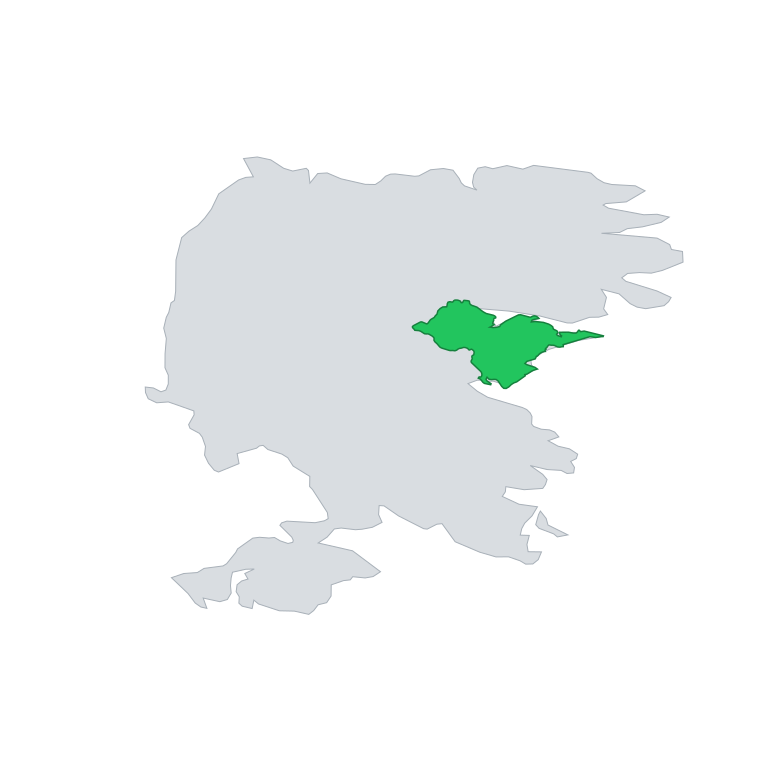 Clare on a map of Ireland (Robinson projection), rotated 200°
{"feature_id": "IRL-76", "entity_name": "Clare", "entity_type": "County", "adm_level": 1, "iso_a3": "IRL", "parent_name": "Ireland", "parent_adm1": "", "projection": "robinson", "projection_center": [-8.993, 52.861], "detail": "fine", "context": "in_parent", "style": "filled", "palette": "green", "viewbox_px": 768, "rotation_deg": 200, "n_neighbors": 0, "source": "natural_earth", "source_scale": "10m", "svg_char_len": 7074}
<svg xmlns="http://www.w3.org/2000/svg" viewBox="0 0 768 768"><g transform="rotate(200 384 384)"><path d="M490.0,149.2L473.0,158.0L470.4,161.3L465.7,175.0L465.2,179.0L454.6,194.3L448.5,197.4L439.5,199.9L434.4,202.3L427.9,201.1L419.7,201.3L415.6,204.0L415.8,206.1L418.3,208.6L433.5,215.6L432.7,218.5L428.4,221.9L401.3,230.1L393.2,235.1L390.4,238.4L393.3,243.9L415.1,260.4L418.8,262.2L422.1,271.8L441.3,275.8L449.2,281.8L456.0,283.2L470.7,282.7L476.6,285.0L479.9,283.2L481.8,280.1L498.2,268.4L493.0,259.6L509.4,244.7L514.0,244.9L521.8,249.5L528.3,255.8L530.4,264.3L536.6,271.9L540.6,274.5L551.1,276.0L553.7,279.0L551.9,290.1L553.5,293.7L580.5,293.4L591.2,288.6L600.5,289.5L605.2,294.4L607.3,299.5L599.3,301.4L590.9,300.4L586.9,303.7L586.7,310.2L589.7,318.5L595.4,324.4L600.1,337.6L604.1,352.3L610.1,361.2L611.4,372.2L610.7,377.6L611.9,387.4L609.5,390.8L611.5,399.9L621.9,429.4L624.2,452.4L619.5,461.0L613.2,469.2L609.1,478.9L606.0,489.4L604.3,506.2L590.4,526.0L584.5,530.9L577.6,534.0L593.1,547.8L580.7,554.0L567.1,555.9L552.0,552.4L542.6,552.9L530.8,560.1L528.0,558.8L522.3,547.4L518.3,559.1L509.6,562.9L494.7,562.1L469.9,565.2L460.4,568.5L456.5,573.7L453.6,579.8L449.7,583.4L445.4,585.2L426.2,589.7L422.4,591.5L413.6,601.2L401.9,606.8L392.3,608.5L383.7,602.9L380.1,599.4L376.1,597.7L363.0,598.0L367.1,599.7L369.8,603.7L371.2,611.4L369.7,618.9L363.2,622.8L355.4,623.5L343.2,631.3L327.0,633.4L318.2,640.6L264.6,652.7L261.5,652.9L254.1,649.8L246.1,648.4L238.1,649.4L215.6,656.2L204.7,654.8L218.6,638.0L237.3,629.4L239.3,627.1L233.2,626.0L197.7,631.9L185.4,636.9L173.1,638.4L178.8,630.7L194.8,620.1L208.5,613.2L214.4,607.0L231.2,600.0L177.3,614.5L163.2,612.7L159.9,608.7L148.8,610.6L144.7,600.8L161.2,586.0L170.7,579.6L182.0,576.1L192.9,571.2L196.9,565.1L191.8,563.2L159.3,564.8L143.8,563.5L144.7,558.7L147.6,553.4L163.8,544.3L172.5,542.8L180.2,543.7L194.0,549.1L212.2,547.3L204.6,541.5L203.3,529.7L197.5,525.8L205.0,520.3L213.6,517.0L227.8,505.7L232.9,504.0L261.0,501.2L291.3,495.3L321.4,487.1L306.0,482.5L298.6,476.5L286.7,488.7L278.2,493.4L254.1,495.9L246.5,494.5L235.7,490.7L232.4,492.1L229.3,495.1L213.3,501.1L196.5,502.5L216.1,491.5L240.9,472.9L246.4,467.0L254.2,456.7L251.8,452.2L246.8,449.6L264.7,428.5L271.0,424.7L282.4,424.0L290.8,420.7L294.5,420.7L297.8,419.4L305.2,413.1L293.8,409.1L282.1,407.0L245.9,409.2L241.1,408.8L236.7,406.8L233.8,404.0L231.6,396.9L228.9,395.3L220.8,395.3L212.7,397.5L207.1,397.2L201.6,394.1L210.4,386.8L199.1,385.1L187.6,386.5L178.0,384.3L177.8,379.7L182.1,375.1L176.5,370.8L175.4,365.3L181.4,362.5L188.0,363.4L201.5,359.4L218.7,357.4L204.0,353.4L198.1,350.0L197.9,344.7L199.1,340.2L216.2,332.6L234.4,329.2L233.1,324.2L234.4,318.8L216.0,317.2L197.8,321.1L199.8,310.7L204.2,301.3L205.1,295.2L204.3,288.6L195.7,291.4L194.8,282.1L191.2,275.7L178.6,280.1L179.0,271.7L182.6,265.8L189.2,263.2L195.7,264.4L207.9,264.2L219.6,259.8L236.4,258.7L263.2,260.1L281.7,272.6L286.4,270.3L293.8,262.4L297.3,261.6L325.1,265.0L342.3,269.5L347.0,268.1L344.4,259.4L338.5,253.3L345.9,245.4L355.0,240.0L361.0,237.3L375.0,234.0L381.1,230.8L385.1,220.6L391.5,212.1L356.5,216.5L323.1,206.4L328.4,199.3L335.4,195.3L347.5,192.2L348.7,188.4L354.8,185.4L364.9,177.2L361.2,166.6L363.1,158.9L370.4,154.0L372.6,147.0L375.9,141.8L390.6,139.9L404.8,135.1L426.7,134.4L432.4,136.4L431.1,127.9L441.3,126.7L445.4,128.4L447.2,134.5L451.9,138.3L453.4,145.1L450.4,150.2L445.1,154.2L450.0,158.3L442.6,165.8L450.6,162.6L462.0,155.3L461.3,149.4L459.3,142.0L456.1,135.3L457.5,127.9L463.8,123.3L480.7,121.0L473.7,112.6L479.8,111.8L486.5,113.6L496.5,120.1L517.5,129.3L507.4,137.4L494.9,143.0L490.0,149.2ZM194.1,314.1L193.6,318.1L185.6,313.1L181.7,307.6L159.6,305.1L168.8,299.6L173.3,301.2L188.9,301.4L193.3,303.7L194.1,314.1Z" fill="#d9dde1" stroke="#a8b0b8" stroke-width="1"/><path d="M324.9,488.0L322.9,488.0L315.7,485.8L312.1,485.2L304.9,486.0L303.1,485.8L301.8,485.1L301.7,484.2L303.1,483.3L303.1,482.3L302.6,481.1L302.8,479.4L302.5,478.0L300.8,477.4L301.8,476.3L303.0,474.5L303.8,473.7L300.9,474.3L297.5,475.8L294.9,477.6L294.7,479.4L291.1,484.7L281.3,494.9L279.3,495.8L269.4,496.7L268.9,497.1L267.1,498.9L266.0,499.5L264.7,499.7L263.3,499.6L262.0,499.2L260.8,498.6L262.6,497.4L265.0,496.1L266.8,494.6L266.8,492.7L263.3,494.4L255.3,496.4L249.7,496.6L247.3,496.2L245.1,495.5L244.2,494.3L243.5,493.5L239.7,493.1L238.2,491.9L238.8,489.7L237.6,488.9L233.6,489.0L233.6,490.0L234.6,490.2L235.5,490.8L236.2,491.7L236.6,492.7L228.3,495.8L223.4,496.6L221.0,497.5L220.0,499.1L219.6,501.0L218.8,501.3L217.8,500.7L217.0,500.5L214.0,502.2L194.3,504.3L194.3,503.5L196.3,502.7L201.0,500.1L206.7,498.9L229.1,482.3L228.8,481.8L228.3,480.4L229.5,479.9L231.1,478.9L232.2,478.5L233.6,478.2L237.1,478.5L238.3,478.3L240.3,477.6L241.6,477.4L242.6,476.9L243.1,475.5L243.5,473.9L244.3,472.6L243.7,472.1L244.0,471.8L244.3,470.8L243.5,469.8L244.6,469.3L245.8,468.4L247.0,467.2L248.0,465.9L248.6,464.7L249.0,463.6L249.4,462.7L250.3,462.1L250.3,461.2L250.5,459.3L257.4,454.2L258.6,451.5L256.5,451.0L247.9,451.3L245.0,450.5L248.1,448.1L249.4,446.8L252.7,442.6L253.7,441.6L254.9,441.0L254.1,440.0L260.0,431.4L262.4,429.4L264.2,427.0L265.7,424.0L267.7,421.6L270.0,420.9L272.6,422.0L277.7,425.8L280.1,426.6L282.2,426.0L284.5,424.9L286.9,424.4L289.5,425.6L289.8,423.3L288.3,422.1L283.5,420.9L283.5,419.8L289.9,418.9L291.6,419.4L295.0,421.5L297.1,421.7L297.4,421.7L297.3,422.6L297.2,422.9L296.9,423.2L296.6,423.3L295.6,423.6L295.3,423.9L295.1,424.4L295.0,424.9L295.0,425.5L295.2,426.1L295.3,426.5L295.5,427.0L295.8,427.4L296.1,427.8L296.5,428.2L297.2,428.8L309.1,434.0L309.5,434.4L309.8,434.8L309.9,435.3L310.0,435.9L309.9,436.4L309.8,436.9L309.7,437.5L309.8,438.0L310.0,438.5L310.3,438.9L310.6,439.3L310.8,439.8L310.9,440.2L310.8,440.7L310.6,441.1L309.9,441.8L309.8,442.0L309.7,442.2L309.7,442.5L309.8,442.9L310.1,444.5L310.3,444.9L310.6,445.4L311.0,445.8L312.7,446.5L313.2,446.6L313.8,446.6L314.5,446.0L314.9,445.5L315.3,445.2L315.8,445.1L316.6,445.5L317.3,445.9L318.2,446.1L319.5,446.1L320.5,446.0L321.9,445.5L323.4,444.3L325.3,443.2L325.7,442.9L326.4,442.1L326.7,441.6L326.9,441.2L327.6,440.4L328.4,439.7L329.0,439.4L330.9,439.0L332.8,438.2L334.0,437.9L341.8,437.5L343.1,437.6L344.3,437.9L348.0,440.0L350.5,441.0L351.7,441.9L352.0,442.2L352.2,442.9L352.5,443.9L353.1,444.7L355.0,445.5L358.8,446.2L360.0,446.1L361.2,445.6L362.2,445.3L363.2,445.1L367.6,446.1L369.4,446.1L373.4,445.0L374.3,445.7L375.8,446.4L376.3,446.7L376.7,447.1L376.9,447.5L376.7,448.2L376.2,449.0L371.0,454.7L370.2,455.1L369.6,455.3L365.1,455.1L364.4,455.1L363.8,455.6L363.4,456.5L362.6,459.4L362.3,460.3L361.8,461.0L359.8,463.4L359.5,463.9L359.3,464.7L359.2,465.4L358.1,467.8L358.4,471.1L357.0,474.2L355.1,476.5L351.5,478.0L351.6,479.5L352.0,481.2L351.8,482.8L351.1,483.3L350.3,483.8L349.5,484.0L348.7,484.1L347.6,484.4L347.2,485.2L346.9,486.2L346.2,487.0L345.1,487.5L343.9,487.9L342.5,488.1L340.8,488.0L340.2,487.8L339.9,487.3L339.4,486.9L338.6,487.0L338.0,487.6L337.7,489.5L337.4,490.0L334.3,490.8L332.5,491.1L331.7,490.4L331.1,489.0L329.7,488.2L328.0,487.9L326.4,488.0L324.9,488.0Z" fill="#22c55e" stroke="#15803d" stroke-width="1.5"/></g></svg>